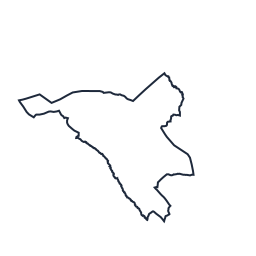 outline of Akatsi North, Volta, Ghana, rotated 318°
{"feature_id": "2480657B78562505377679", "entity_name": "Akatsi North", "entity_type": "district", "adm_level": 2, "iso_a3": "GHA", "parent_name": "Ghana", "parent_adm1": "Volta", "projection": "natural_earth1", "projection_center": [0.826, 6.311], "detail": "fine", "context": "isolated", "style": "outline", "palette": "slate", "viewbox_px": 256, "rotation_deg": 318, "n_neighbors": 0, "source": "geoboundaries", "source_scale": "gbopen_adm2", "svg_char_len": 5644}
<svg xmlns="http://www.w3.org/2000/svg" viewBox="0 0 256 256"><g transform="rotate(318 128 128)"><path d="M191.7,111.7L184.5,111.2L175.3,111.1L167.2,111.0L158.3,111.1L149.8,111.3L148.6,108.9L147.3,106.7L146.8,105.2L146.8,102.9L146.4,101.2L145.2,99.4L144.6,97.7L143.7,97.0L142.8,96.8L142.2,95.8L141.0,94.6L139.7,92.2L139.0,90.0L137.8,88.7L133.4,85.6L133.4,84.3L131.7,81.6L128.2,78.5L118.7,69.8L110.7,64.6L104.5,63.0L96.8,61.3L88.0,58.2L84.8,43.9L72.1,38.1L68.5,36.3L65.5,34.5L65.1,36.1L64.8,38.6L64.5,41.9L63.4,48.3L63.5,51.6L65.1,57.0L67.5,56.6L68.6,56.6L69.0,56.8L71.3,58.9L75.1,61.1L80.1,62.8L81.6,63.9L83.5,66.3L86.1,68.0L88.3,69.0L87.2,73.4L87.3,74.5L87.7,75.9L87.3,78.0L88.6,78.5L89.9,80.5L87.8,81.6L86.3,83.3L85.7,84.9L85.4,86.8L86.0,91.7L86.4,94.1L88.2,98.5L87.1,99.7L86.1,100.8L85.3,100.4L83.6,100.2L82.8,100.8L83.3,101.2L84.0,101.6L84.2,101.8L84.4,102.4L84.6,103.6L84.9,104.0L85.1,104.7L85.0,106.5L85.5,108.1L85.8,108.8L86.2,109.1L86.8,109.2L87.1,109.5L87.0,110.4L87.1,110.6L87.5,110.7L87.5,110.8L87.3,111.0L87.3,111.4L87.1,111.6L87.4,112.4L87.7,112.6L87.7,112.8L87.7,114.0L87.8,114.4L88.1,114.8L88.2,115.1L88.0,115.5L88.0,116.0L88.2,116.4L88.5,116.5L88.6,116.8L88.8,117.8L88.7,118.1L88.8,118.3L88.8,118.5L89.0,118.7L88.9,119.0L89.1,119.2L89.1,119.4L89.1,119.9L89.2,120.3L89.3,120.4L89.7,120.4L89.8,120.5L89.8,121.9L90.1,122.4L89.9,122.8L89.9,123.2L90.3,124.2L90.2,124.6L90.4,125.0L90.3,125.3L90.4,125.9L90.2,126.3L90.2,126.9L90.2,127.4L90.7,127.9L90.6,129.1L90.9,129.4L90.9,129.7L91.1,129.9L91.5,129.9L91.6,130.1L91.5,130.3L91.3,130.8L91.3,131.2L91.4,131.5L91.1,132.0L90.9,132.4L91.3,133.0L91.3,133.7L91.2,134.2L91.3,134.6L91.2,134.9L91.3,135.3L91.1,135.8L91.4,136.2L91.5,136.7L91.3,137.3L91.3,137.9L91.1,138.6L91.2,139.1L90.9,139.3L90.5,139.2L90.4,139.3L90.2,139.8L89.6,140.5L89.5,140.8L89.7,141.1L89.7,141.3L89.5,141.9L89.7,142.9L89.6,143.5L89.7,143.8L89.6,144.2L89.1,144.4L88.7,144.4L88.8,144.6L88.7,145.1L88.8,145.4L88.8,145.7L88.6,146.0L87.9,146.1L87.8,146.5L87.8,147.2L87.4,148.1L87.4,148.8L87.6,149.1L87.1,149.6L86.8,150.2L86.8,150.5L87.0,150.6L87.1,150.9L87.1,151.3L86.9,151.7L87.0,152.3L86.6,152.7L86.5,152.9L85.9,152.9L85.7,153.0L85.2,154.0L85.2,154.5L85.1,154.8L85.2,155.1L85.1,155.3L85.2,155.7L85.0,156.2L85.2,156.5L85.1,156.9L85.5,157.0L85.6,157.5L85.9,157.9L86.0,158.2L86.1,158.4L86.3,158.4L86.1,158.7L86.0,159.4L85.9,159.5L85.9,159.8L85.6,160.7L85.3,160.9L85.3,161.3L85.1,161.6L85.1,162.0L85.2,162.3L85.1,162.7L84.7,163.3L84.6,163.6L84.9,163.8L84.8,164.2L84.9,164.6L84.7,164.9L84.7,165.2L84.9,165.7L84.8,165.9L84.7,166.0L84.7,166.3L84.3,166.4L83.9,166.8L83.9,167.4L83.4,168.5L83.5,169.2L83.3,169.6L82.9,170.4L82.4,170.9L82.4,171.1L82.2,171.5L82.4,172.1L82.3,172.5L82.1,172.9L82.3,173.0L82.2,173.5L82.4,173.7L82.1,174.4L82.1,174.8L81.9,175.5L81.4,176.1L81.4,176.4L81.3,176.6L81.4,176.8L81.5,177.2L81.4,177.6L81.3,178.0L81.1,178.0L81.1,178.5L80.9,179.1L81.0,179.2L81.3,179.3L81.4,179.6L81.6,180.0L81.6,181.0L81.9,181.3L82.0,182.0L82.1,183.1L81.7,183.4L81.6,184.2L81.7,184.5L81.9,184.6L81.9,184.8L82.2,185.0L82.1,185.7L82.1,185.9L82.4,186.4L82.5,186.7L82.8,187.3L82.7,188.4L81.7,189.7L81.9,190.2L81.6,190.4L81.5,190.7L81.5,191.9L81.9,192.4L82.1,192.8L81.7,193.5L81.6,193.8L81.8,194.2L81.8,194.4L82.1,194.6L82.1,195.1L82.3,195.5L81.7,196.7L81.5,198.0L81.4,198.2L81.4,198.5L81.2,199.6L80.7,200.2L80.2,200.9L79.9,201.8L80.0,202.0L80.1,202.9L80.6,202.8L80.8,202.9L80.9,203.4L80.9,204.0L81.2,204.4L81.1,204.8L80.8,204.9L80.5,205.6L80.8,205.7L80.9,205.8L80.9,206.4L80.7,206.9L80.8,207.2L80.8,207.5L80.9,207.8L80.6,208.0L80.6,208.8L80.8,209.2L81.9,208.5L82.4,207.7L83.7,207.1L84.6,206.9L85.7,206.2L86.3,206.0L86.7,206.0L88.0,206.3L88.9,206.3L90.5,206.5L91.0,206.9L91.3,207.8L91.6,210.6L92.7,216.1L92.6,219.1L92.4,221.5L92.8,221.3L93.3,220.8L95.6,219.6L96.6,218.8L96.8,218.7L97.2,218.7L97.8,218.9L98.5,219.3L98.8,219.4L100.0,219.5L100.7,219.8L101.1,219.8L101.4,219.3L102.0,217.3L102.4,216.4L103.6,215.6L104.4,214.7L106.8,214.2L107.4,214.2L107.4,212.4L108.0,208.1L108.2,206.0L108.3,204.6L108.3,202.9L108.1,201.2L108.0,199.0L108.1,192.9L107.9,191.9L108.0,190.1L109.9,191.0L110.3,191.6L112.5,189.7L113.9,188.4L115.2,188.4L118.0,188.2L121.3,188.2L125.8,188.4L127.2,189.6L127.5,190.5L128.3,191.9L129.0,192.5L129.7,192.8L130.7,193.0L130.8,193.2L131.1,193.2L131.5,193.7L133.6,195.0L134.4,195.3L135.1,196.2L135.6,196.4L136.0,196.9L136.8,198.2L137.8,199.7L139.0,200.8L139.3,201.3L140.6,202.4L140.8,202.8L141.7,203.8L141.9,204.2L142.5,204.8L144.1,205.4L145.4,206.6L147.5,203.5L151.0,197.6L154.2,191.5L154.8,187.4L150.7,171.7L150.9,160.6L151.3,157.5L152.6,150.2L154.2,149.4L154.8,149.7L156.6,151.3L157.2,151.5L157.7,151.9L158.1,152.0L158.9,151.8L159.4,151.4L160.7,150.1L161.7,150.0L161.9,150.1L164.0,151.6L164.6,150.7L164.9,150.7L165.4,150.3L166.2,149.9L167.7,148.4L168.1,148.3L168.2,148.5L169.0,148.5L169.6,148.8L170.7,148.4L171.8,149.6L172.4,150.8L173.8,151.7L174.9,153.5L177.3,150.8L177.8,149.1L180.4,146.6L183.0,146.5L184.6,145.1L188.9,143.3L189.3,141.9L189.3,141.5L190.1,140.9L190.4,139.8L190.8,140.0L191.2,139.8L191.6,138.8L191.6,138.4L192.1,137.6L192.1,137.4L192.0,137.2L191.2,137.2L191.0,136.9L191.0,136.7L191.1,135.6L191.7,133.9L191.8,133.2L191.5,132.1L190.6,131.0L190.7,130.9L190.8,130.5L191.3,130.0L191.2,129.0L190.2,129.1L189.8,128.5L189.6,128.4L190.2,127.5L189.9,126.8L189.3,126.8L189.2,126.5L190.1,124.2L190.7,123.4L191.0,121.7L190.6,121.2L190.7,120.5L191.0,120.5L191.1,120.3L191.1,120.0L191.2,119.6L191.6,119.2L191.8,118.8L192.0,118.6L192.1,118.3L192.3,118.1L192.1,117.8L192.0,117.3L192.2,117.0L192.3,117.0L192.5,116.9L192.6,116.6L191.8,115.7L191.2,113.8L191.7,111.7Z" fill="none" stroke="#1e293b" stroke-width="2"/></g></svg>